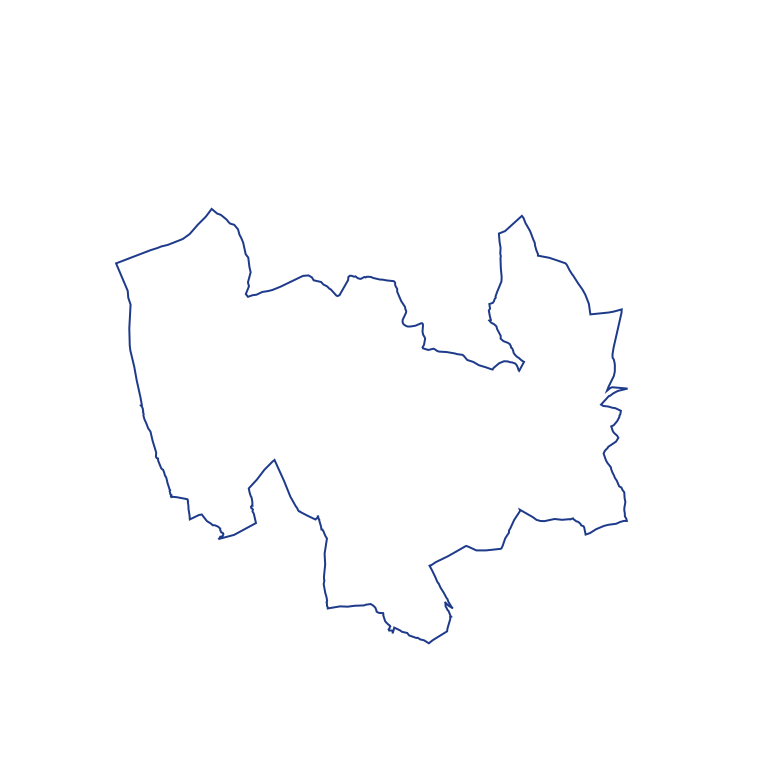 Vennesla nor, Vest-Agder, Norway, rotated 327°
{"feature_id": "86288312B87147956600326", "entity_name": "Vennesla nor", "entity_type": "district", "adm_level": 2, "iso_a3": "NOR", "parent_name": "Norway", "parent_adm1": "Vest-Agder", "projection": "orthographic", "projection_center": [7.811, 58.34], "detail": "fine", "context": "isolated", "style": "outline", "palette": "blue", "viewbox_px": 768, "rotation_deg": 327, "n_neighbors": 0, "source": "geoboundaries", "source_scale": "gbopen_adm2", "svg_char_len": 6166}
<svg xmlns="http://www.w3.org/2000/svg" viewBox="0 0 768 768"><g transform="rotate(327 384 384)"><path d="M584.4,499.2L587.9,493.9L589.0,491.6L590.1,488.5L590.0,486.5L591.7,483.7L596.1,478.8L622.0,453.6L624.0,450.9L616.4,448.5L611.3,446.4L595.0,438.0L599.5,428.3L601.5,418.7L601.9,412.7L601.6,405.0L601.7,396.5L601.5,394.1L601.6,389.6L602.2,383.9L602.0,381.7L591.4,368.2L583.0,360.2L583.9,358.8L584.6,354.9L586.0,350.4L587.4,347.4L587.8,344.6L589.8,335.4L590.3,326.2L591.4,320.8L591.2,318.1L568.8,321.7L562.3,320.4L558.3,327.8L556.0,333.2L552.5,338.0L551.6,340.4L550.3,341.8L545.0,350.6L540.8,358.6L538.3,362.0L529.0,368.4L525.2,371.3L524.8,372.4L522.9,373.1L521.2,374.5L519.3,375.2L515.9,374.3L514.0,378.5L511.9,379.5L509.7,384.8L508.5,388.5L506.9,388.1L507.3,391.0L508.9,393.9L509.7,396.8L508.8,399.5L508.1,407.2L506.5,409.5L507.5,413.1L510.2,416.8L511.2,419.0L511.0,421.4L510.4,422.7L510.9,423.9L510.5,426.2L509.7,428.5L509.7,430.4L510.3,433.5L511.2,435.4L512.5,439.8L513.5,441.7L504.5,446.6L504.4,445.8L505.3,442.2L505.5,440.1L505.2,438.3L503.3,435.8L501.1,433.9L500.4,432.7L497.1,430.3L491.9,429.3L484.6,430.2L483.1,431.0L482.4,430.5L478.7,425.7L473.8,419.9L470.9,414.1L466.9,409.2L466.2,403.7L465.7,402.3L461.5,398.7L460.0,396.9L453.8,391.2L448.2,387.1L446.7,385.5L445.4,382.3L444.6,381.3L439.7,379.6L436.1,375.3L436.3,374.3L438.9,372.9L443.1,368.5L443.5,367.4L443.7,363.9L444.8,361.1L448.6,356.1L449.2,354.9L449.1,353.8L448.2,353.3L442.3,352.3L437.7,350.3L435.3,348.8L434.3,347.6L433.5,346.1L432.9,344.1L433.2,342.3L434.7,340.3L440.7,336.6L441.9,335.6L442.5,334.5L442.7,332.7L443.6,330.9L443.6,323.7L445.2,314.5L445.3,313.8L446.9,311.3L446.9,309.2L447.2,307.2L448.5,305.1L448.4,303.5L447.9,302.8L442.8,298.7L439.4,295.5L437.5,294.2L432.6,289.1L431.5,287.3L429.8,285.9L428.2,284.8L426.6,284.6L426.3,283.9L425.5,283.5L422.4,283.3L421.2,282.8L419.6,280.9L418.7,278.2L417.3,277.7L415.8,275.6L414.1,274.6L412.5,274.8L410.5,277.3L395.0,285.3L392.9,284.9L392.2,283.9L390.9,275.7L390.2,274.6L389.4,271.0L387.4,267.7L386.8,264.2L381.5,258.7L381.6,255.3L379.8,251.8L374.9,249.2L350.0,246.0L341.8,244.4L337.8,243.1L332.0,240.5L325.8,239.7L322.0,237.9L317.4,236.8L317.1,233.3L324.0,228.5L325.2,224.7L333.0,217.7L334.9,212.5L339.0,204.1L338.7,199.8L342.9,188.7L343.8,183.8L344.1,180.1L345.8,174.8L345.1,168.9L342.4,165.8L341.8,163.4L341.6,160.6L339.3,153.3L336.9,150.2L334.8,143.3L325.8,146.6L314.6,149.0L302.7,152.4L294.2,152.8L278.5,149.6L272.0,147.3L268.2,146.6L261.0,144.6L225.0,136.9L219.8,166.3L216.5,172.4L214.7,179.4L200.7,198.6L191.7,213.3L189.5,217.8L183.9,233.6L178.6,246.2L172.4,262.8L169.4,269.9L168.4,269.6L168.6,271.5L168.3,273.3L168.1,273.4L167.2,275.8L166.6,276.2L166.1,278.3L165.1,279.3L163.9,283.0L163.2,287.7L162.1,292.6L162.2,296.8L159.1,305.3L155.6,317.4L153.2,320.6L153.0,322.3L153.9,323.4L152.8,325.4L151.4,332.6L151.3,333.9L152.0,335.7L151.4,338.6L150.4,341.6L150.6,342.2L150.3,344.3L148.5,349.2L146.6,356.2L146.8,356.6L145.9,357.1L144.8,360.2L145.2,361.4L144.2,361.9L144.0,363.0L145.3,363.5L148.7,366.2L156.3,373.5L156.3,374.6L155.7,375.2L155.6,376.0L155.0,376.5L153.9,379.1L151.8,382.7L149.5,388.0L147.4,391.8L157.5,393.1L160.1,394.2L160.8,402.5L162.9,407.0L163.3,409.0L165.4,410.6L167.1,413.2L167.8,415.6L167.8,416.4L167.1,417.1L167.1,418.0L166.7,418.9L166.8,419.8L167.1,420.0L167.3,421.0L167.7,421.3L167.5,422.5L165.7,423.8L163.4,422.9L162.7,423.6L161.4,423.8L161.4,424.1L176.1,428.9L200.9,430.9L204.2,421.8L204.3,419.3L205.7,417.8L205.6,416.6L205.2,416.3L205.1,415.8L205.5,415.3L205.5,414.6L207.0,414.0L207.4,414.4L209.4,411.1L211.1,407.1L211.2,405.4L212.2,401.8L213.7,397.9L225.2,395.0L237.0,390.8L248.0,388.4L250.8,388.1L247.3,411.3L244.1,427.5L243.4,438.6L243.6,440.9L243.2,442.7L243.3,444.3L244.2,445.4L244.1,445.7L248.0,452.6L252.7,460.3L256.2,459.6L256.8,458.1L256.4,459.9L255.7,460.7L255.9,461.3L255.7,461.7L255.8,462.4L255.6,462.5L253.4,469.6L252.3,471.9L253.0,472.5L252.8,472.8L253.1,474.0L252.1,479.4L252.0,482.5L241.8,493.9L236.4,503.3L228.7,512.9L227.1,515.6L227.1,516.2L224.4,519.0L221.0,527.1L219.7,531.4L218.2,534.9L216.9,535.8L216.9,536.5L215.3,539.1L215.2,540.6L214.6,541.6L226.1,546.6L232.3,551.0L238.4,553.9L246.8,558.9L248.3,559.1L253.0,561.3L254.3,564.1L254.9,566.8L254.2,570.1L253.8,570.9L254.6,572.5L255.7,573.7L258.5,575.7L258.0,577.0L257.4,577.5L255.8,583.5L256.0,585.1L256.5,587.7L257.2,589.4L257.3,590.6L256.6,590.8L255.7,591.9L254.2,592.3L254.0,593.5L256.8,595.4L255.9,597.2L256.1,597.3L259.9,593.9L263.2,599.2L264.1,601.6L267.9,605.5L268.1,608.4L268.3,608.8L272.9,614.7L273.8,615.0L274.6,616.2L275.1,617.7L278.0,620.8L280.4,625.9L285.4,625.4L302.2,625.8L304.2,623.5L311.8,617.0L312.6,615.4L313.6,615.7L313.5,614.5L314.5,609.7L314.2,607.7L314.5,606.1L314.5,604.2L315.1,603.1L315.7,603.1L315.6,602.3L315.9,602.2L315.9,601.7L316.6,599.9L316.5,601.1L317.3,604.7L319.5,609.7L319.2,607.1L319.4,601.7L320.1,598.8L319.9,597.5L320.4,591.7L320.5,585.5L321.2,581.0L321.0,580.5L321.0,578.6L321.9,573.7L322.8,566.5L323.2,561.2L324.0,561.3L324.2,561.7L330.6,561.6L344.0,563.3L364.6,564.5L366.1,566.3L370.8,573.8L378.9,579.1L392.1,585.8L393.0,585.8L395.3,584.4L401.7,579.4L407.9,576.7L408.7,575.4L409.7,574.5L410.8,574.2L419.3,568.8L429.0,564.6L429.4,563.3L436.3,576.7L437.9,581.0L440.6,584.1L443.9,586.4L453.5,590.1L459.4,594.9L466.5,598.7L466.5,599.0L469.3,599.6L469.4,600.8L470.4,603.7L471.9,605.6L472.6,608.5L472.4,610.0L473.9,612.0L473.7,613.5L471.1,620.1L475.5,621.2L482.8,621.3L491.1,622.8L495.3,624.2L502.7,627.7L506.8,628.3L510.4,629.4L513.1,631.1L513.9,628.6L513.9,626.3L515.7,623.3L516.7,620.8L518.1,618.8L522.2,614.4L523.5,611.0L526.5,605.7L526.3,602.7L526.7,600.1L525.5,597.9L526.6,591.7L526.5,588.6L527.0,586.3L527.5,581.9L528.3,578.7L528.9,577.5L528.4,571.9L528.6,568.8L530.3,561.9L532.9,560.3L536.8,559.4L537.9,558.8L547.2,558.7L551.2,556.8L551.4,554.4L550.3,550.4L550.2,548.3L551.5,543.3L554.2,543.7L559.4,542.1L563.5,539.8L564.4,538.6L565.6,538.2L568.1,535.5L564.8,530.2L562.6,528.3L559.8,525.0L555.9,521.8L554.8,519.5L566.0,516.6L567.0,517.0L571.5,516.7L576.4,517.2L585.8,520.5L573.6,511.0L571.6,510.6L567.4,511.1L571.0,508.5L581.2,502.4L584.4,499.2Z" fill="none" stroke="#1e3a8a" stroke-width="2"/></g></svg>